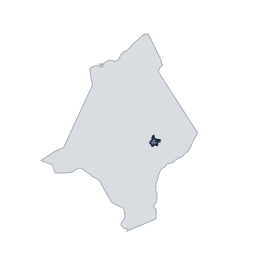 Baringo South, Rift Valley, Kenya shown in context, rotated 205°
{"feature_id": "3690345B40678140924762", "entity_name": "Baringo South", "entity_type": "district", "adm_level": 2, "iso_a3": "KEN", "parent_name": "Kenya", "parent_adm1": "Rift Valley", "projection": "robinson", "projection_center": [36.066, 0.459], "detail": "fine", "context": "in_parent", "style": "filled", "palette": "slate", "viewbox_px": 256, "rotation_deg": 205, "n_neighbors": 0, "source": "geoboundaries", "source_scale": "gbopen_adm2", "svg_char_len": 4732}
<svg xmlns="http://www.w3.org/2000/svg" viewBox="0 0 256 256"><g transform="rotate(205 128 128)"><path d="M63.0,153.9L63.0,150.7L63.4,142.7L63.3,135.7L63.7,132.2L65.2,129.9L65.9,128.3L66.4,126.1L67.2,124.2L69.1,122.7L69.4,121.9L71.3,119.4L72.5,116.1L73.3,115.1L74.4,114.0L75.2,113.5L76.5,113.0L77.5,112.7L77.6,112.4L77.7,111.9L77.4,109.9L77.8,109.2L78.5,107.9L79.3,106.7L80.0,105.9L80.3,105.1L80.5,103.6L80.6,102.7L80.6,101.0L80.3,97.3L79.5,94.2L79.0,90.8L79.4,89.6L78.7,87.6L78.4,87.5L77.9,87.0L77.2,85.1L76.7,83.4L76.4,82.9L74.2,81.4L73.1,77.8L71.9,77.0L71.3,73.4L71.1,72.4L71.8,68.8L71.8,68.0L71.0,67.3L69.0,66.5L67.3,65.0L67.5,64.5L67.7,64.0L66.8,63.6L64.3,57.5L67.5,53.8L70.8,50.1L75.1,45.4L79.0,41.1L82.3,37.4L85.3,34.0L85.2,34.7L85.2,35.5L85.6,36.0L86.2,36.4L87.1,36.0L87.8,35.5L88.6,35.4L93.1,36.8L93.8,38.0L93.8,39.3L94.0,40.2L93.6,41.2L93.2,44.0L93.4,46.7L94.7,48.6L95.9,50.1L96.9,52.3L97.6,52.9L98.5,53.3L101.6,53.4L106.2,53.5L110.6,53.6L111.0,53.7L112.0,54.0L116.0,56.9L119.7,59.5L122.9,61.8L125.9,64.1L128.9,66.2L131.2,68.0L133.4,68.6L137.1,68.9L139.7,68.9L142.0,69.7L145.5,70.4L148.2,70.8L149.7,71.2L154.1,71.6L154.8,71.4L156.8,69.4L158.9,66.1L159.8,64.3L162.6,62.5L167.5,60.0L170.9,58.3L174.8,56.5L176.5,58.1L179.0,60.5L180.0,61.7L180.9,62.3L182.2,62.6L183.8,62.6L184.7,62.6L186.5,62.2L190.6,62.0L193.0,62.0L191.0,65.2L188.6,69.1L184.2,76.3L180.8,80.1L178.3,82.9L178.1,83.4L178.1,86.6L178.1,94.4L178.2,109.9L178.3,125.5L178.3,141.1L178.3,148.8L178.3,151.4L180.6,154.7L182.8,157.9L185.6,162.1L187.2,164.4L187.4,165.1L187.4,166.7L185.0,169.8L183.0,171.3L180.4,172.0L179.6,171.8L178.6,171.4L178.2,172.1L177.9,173.3L177.3,173.1L176.9,172.7L177.1,174.8L177.4,175.9L177.0,177.3L175.7,178.5L175.6,179.5L172.9,182.2L169.0,182.5L166.9,183.9L166.0,185.0L165.3,187.4L165.5,191.1L164.4,193.9L164.2,195.4L162.2,197.2L161.3,198.9L160.7,200.6L160.1,201.4L159.4,205.2L158.5,207.6L158.2,208.4L158.0,209.1L157.2,210.4L156.8,211.4L156.4,212.0L154.0,218.0L152.2,220.7L150.7,220.4L149.8,221.5L149.7,222.0L149.1,221.7L147.9,220.7L145.4,218.7L142.9,216.6L140.4,214.6L137.9,212.5L135.4,210.5L132.9,208.5L130.4,206.4L127.9,204.4L126.5,203.2L125.8,202.5L125.3,201.1L125.1,200.7L124.4,200.3L123.6,200.2L123.4,199.9L123.4,199.2L123.7,198.3L124.6,196.4L124.7,195.3L124.5,194.0L124.2,192.0L124.0,191.6L122.3,190.5L118.9,188.3L115.4,186.1L111.9,183.9L108.4,181.7L105.0,179.5L101.5,177.4L98.0,175.2L94.6,173.0L91.1,170.8L87.6,168.6L84.1,166.4L80.7,164.2L77.2,162.0L73.7,159.8L70.2,157.6L66.8,155.4L65.5,154.6L64.3,153.9L63.0,153.9ZM178.6,175.2L178.0,175.4L178.3,174.3L180.1,173.0L180.8,173.3L180.9,173.6L180.9,173.9L180.6,174.1L178.6,175.2Z" fill="#d9dde1" stroke="#a8b0b8" stroke-width="1"/><path d="M93.6,130.5L94.0,130.5L94.3,130.6L94.5,130.6L94.8,130.5L94.9,130.4L95.1,130.3L95.3,130.3L95.5,130.4L95.6,130.2L95.9,130.0L95.9,129.8L95.9,129.7L95.9,129.4L96.0,129.2L95.9,129.0L95.9,128.9L95.9,128.7L96.0,128.5L96.0,128.4L96.0,128.2L96.5,128.1L96.8,127.9L97.1,127.8L97.1,128.0L97.1,128.3L97.0,128.5L97.1,128.8L97.1,129.0L97.1,129.3L97.0,129.6L97.0,129.8L97.4,129.8L97.5,129.8L98.1,129.8L98.4,129.8L98.6,129.7L98.8,129.6L99.1,129.3L99.3,129.3L99.5,129.4L99.6,129.5L99.8,129.7L100.1,129.6L100.4,129.8L100.4,130.0L100.5,130.0L100.6,130.4L100.7,130.7L100.6,131.0L101.0,131.5L101.3,131.9L101.4,132.0L101.5,132.0L101.5,131.9L101.7,131.7L101.8,131.6L102.0,131.5L102.0,131.4L102.0,131.2L102.0,130.9L102.0,130.7L101.9,130.7L101.8,130.4L101.7,130.3L101.5,130.2L101.4,130.0L101.3,129.9L101.1,129.6L100.9,129.5L100.9,129.4L101.0,129.2L101.2,129.3L101.3,129.3L101.3,129.2L101.5,129.1L101.5,128.9L101.4,128.7L101.5,128.7L101.4,128.6L101.4,128.4L100.9,128.0L100.9,127.7L101.0,127.6L101.3,126.8L101.5,126.3L101.5,126.1L101.6,125.9L101.8,125.4L101.9,125.1L102.0,124.9L101.9,124.6L101.8,124.0L101.7,123.7L101.5,123.4L101.4,123.4L101.3,123.5L101.2,123.5L100.9,123.5L100.7,123.4L100.2,123.2L99.9,123.0L99.8,122.9L99.4,122.5L98.6,122.7L98.4,122.4L98.4,122.2L98.5,122.1L98.5,121.9L98.4,121.9L98.4,122.0L98.3,121.9L98.2,121.9L98.0,122.0L97.9,122.1L97.7,122.2L97.7,122.3L97.6,122.6L97.5,122.8L97.4,123.0L97.4,123.3L97.4,123.5L97.4,123.8L97.3,124.0L97.2,124.1L96.7,124.1L96.2,124.4L96.2,124.5L96.1,124.8L95.9,124.9L95.7,124.8L95.4,124.7L95.2,124.5L95.2,124.4L94.9,124.4L94.7,124.3L94.5,124.5L94.4,124.5L94.3,124.8L94.2,124.8L94.1,125.0L94.2,125.3L94.2,125.5L94.3,125.5L94.5,125.6L94.8,125.7L94.8,125.8L94.8,126.1L94.8,126.3L94.8,126.5L94.9,126.8L94.9,127.2L94.9,127.3L94.8,127.5L94.9,127.8L95.0,128.0L95.1,128.3L95.1,128.5L94.8,128.7L94.7,128.7L94.4,128.7L94.4,128.8L94.2,128.9L94.1,129.0L93.9,129.0L94.0,129.1L94.1,129.3L94.0,129.5L94.2,129.8L93.9,129.9L93.7,129.9L93.6,130.0L93.6,130.3L93.6,130.5L93.6,130.5Z" fill="#64748b" stroke="#1e293b" stroke-width="1.5"/></g></svg>